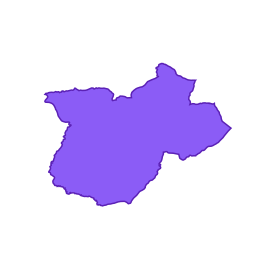 Amagá, Antioquia, Colombia, rotated 63°
{"feature_id": "7082276B93936498493280", "entity_name": "Amagá", "entity_type": "district", "adm_level": 2, "iso_a3": "COL", "parent_name": "Colombia", "parent_adm1": "Antioquia", "projection": "equal_earth", "projection_center": [-75.71, 6.034], "detail": "fine", "context": "isolated", "style": "filled", "palette": "violet", "viewbox_px": 256, "rotation_deg": 63, "n_neighbors": 0, "source": "geoboundaries", "source_scale": "gbopen_adm2", "svg_char_len": 5805}
<svg xmlns="http://www.w3.org/2000/svg" viewBox="0 0 256 256"><g transform="rotate(63 128 128)"><path d="M60.4,186.7L61.1,185.8L61.8,185.4L62.9,185.2L63.8,185.3L64.3,185.8L64.6,186.3L65.8,189.2L66.6,190.0L67.1,190.0L67.5,189.8L67.9,189.2L69.4,186.6L71.3,184.8L72.6,184.1L74.2,183.7L77.2,183.7L78.4,184.0L80.3,183.8L82.5,184.0L85.0,184.6L86.1,184.7L91.0,184.0L91.9,183.6L92.8,182.8L94.5,181.0L95.5,178.7L96.0,177.9L96.4,177.6L96.8,177.7L97.3,178.6L97.6,178.9L98.0,179.0L98.7,178.9L98.9,178.7L99.2,177.6L99.7,177.6L100.0,178.2L100.3,180.0L100.3,180.3L99.9,181.0L100.0,181.5L102.1,183.2L102.3,184.3L103.6,186.1L104.2,186.5L105.8,186.9L106.1,187.4L106.1,188.9L106.4,189.5L106.5,189.5L107.9,188.8L108.5,188.7L108.9,188.8L109.2,189.0L109.3,189.4L108.9,190.6L109.1,190.9L110.5,192.1L110.6,193.1L110.8,193.7L111.0,194.0L111.5,194.2L112.7,193.9L113.2,194.3L113.7,194.9L114.0,195.0L115.2,197.2L115.9,199.1L116.5,200.0L116.6,200.8L116.4,201.7L116.5,202.2L117.8,203.3L118.2,204.3L118.6,204.7L118.8,205.9L119.0,206.2L120.3,206.4L121.3,207.3L122.0,208.2L123.5,209.4L123.7,209.9L123.3,210.6L123.3,211.1L123.6,212.0L123.9,212.2L124.1,212.1L124.8,211.5L124.9,212.9L125.1,213.1L126.2,213.2L126.5,213.4L126.8,214.6L127.1,215.2L128.3,215.1L129.2,215.6L130.0,216.7L130.9,218.3L131.4,218.6L132.4,217.6L133.2,217.6L134.4,218.0L135.2,217.4L137.5,216.2L138.3,215.9L138.6,215.9L139.1,216.1L139.7,216.8L140.7,218.5L141.3,219.1L142.9,219.7L145.1,219.3L145.9,219.3L147.1,217.6L147.9,217.7L148.0,217.3L147.9,216.1L148.1,215.9L148.8,215.9L148.8,215.6L148.7,215.2L148.8,214.7L149.8,214.4L150.8,212.8L152.6,212.4L153.0,211.5L153.6,212.2L154.3,211.6L154.9,211.5L155.6,212.1L156.0,212.1L156.9,211.4L157.4,211.6L157.7,212.4L158.5,212.3L159.7,211.2L160.1,210.5L160.1,209.9L159.9,209.5L159.3,209.1L159.3,208.8L159.4,208.6L160.1,208.6L160.3,207.5L161.2,205.7L161.8,205.2L162.4,205.1L162.7,204.1L163.7,203.4L164.0,202.6L164.5,202.0L165.6,201.1L166.6,200.8L166.7,200.6L166.6,200.0L167.4,200.0L167.5,199.9L169.2,198.0L169.9,196.4L171.1,194.7L171.0,193.8L171.6,193.0L173.3,192.0L173.6,191.6L174.2,191.1L174.8,190.4L175.1,190.3L175.8,190.7L176.0,190.6L178.2,189.9L178.1,189.2L178.4,189.0L179.0,189.2L180.5,189.1L181.2,190.0L181.8,190.2L182.5,190.2L182.8,189.3L183.2,189.2L183.7,187.7L184.5,187.6L185.2,186.6L185.7,186.3L185.8,186.1L186.1,184.3L186.7,182.5L186.7,181.3L186.9,180.2L187.8,178.0L188.2,176.1L188.8,174.2L189.3,170.5L190.1,167.9L191.5,164.9L192.0,164.1L193.8,162.8L195.6,162.1L196.1,160.0L195.7,159.2L194.6,158.0L193.0,154.9L191.9,150.8L190.0,146.8L189.8,145.5L189.9,143.9L189.7,141.4L188.9,139.7L187.9,139.1L186.7,137.4L186.4,136.4L186.3,135.1L185.0,133.0L185.0,131.7L185.4,130.1L185.2,129.0L185.0,128.6L184.6,126.8L182.9,124.9L182.8,124.5L182.6,123.1L181.7,122.1L179.9,121.7L179.5,120.7L179.0,120.3L178.7,117.6L178.4,117.1L177.9,116.8L177.1,116.7L175.9,117.3L175.8,115.9L175.7,115.7L175.4,115.6L175.1,115.7L174.1,116.7L173.3,115.4L172.9,113.9L171.8,112.5L170.0,111.0L169.3,110.6L167.4,108.4L165.6,107.4L165.9,106.9L166.3,104.9L166.5,104.5L167.1,103.9L168.0,103.7L168.8,103.0L170.9,99.3L174.5,94.7L178.0,95.5L178.7,95.5L180.6,94.4L181.5,93.6L181.7,93.0L181.6,91.8L181.6,90.9L180.7,89.3L180.7,88.3L181.1,87.1L181.1,86.8L180.4,85.7L180.4,85.4L180.6,84.8L181.9,83.8L182.2,82.9L182.4,82.6L182.5,81.9L183.0,81.3L183.5,80.2L183.0,79.5L183.0,78.1L182.7,77.3L182.8,75.6L182.7,75.1L181.7,72.3L181.9,71.6L182.3,70.9L182.3,69.8L181.1,66.6L180.9,65.3L180.9,64.7L182.0,62.1L182.2,60.5L182.1,58.5L182.1,56.7L181.9,55.7L181.9,54.6L181.7,53.5L181.4,53.0L180.8,51.3L179.7,47.7L178.7,45.8L176.3,40.3L174.9,36.3L164.8,41.0L162.6,40.8L160.0,40.0L156.9,40.1L155.4,39.6L152.0,40.2L151.0,40.0L150.0,40.1L148.1,40.6L146.7,40.5L145.3,39.9L145.4,40.8L144.8,42.1L143.4,43.5L143.4,43.9L143.1,44.3L143.0,44.1L142.5,44.5L142.3,45.4L142.0,45.7L141.6,46.7L140.6,47.9L140.0,49.3L139.7,49.9L139.7,51.2L138.8,52.4L138.9,52.9L138.6,53.5L138.7,54.2L138.6,54.8L137.7,56.9L136.5,58.0L135.7,59.3L135.4,60.7L135.2,62.2L134.1,61.1L133.3,60.7L131.9,60.5L130.1,60.9L127.5,59.3L127.1,58.0L126.8,57.8L125.7,57.4L125.0,56.8L124.4,55.0L124.2,53.8L124.0,53.4L120.6,50.1L119.0,49.6L117.7,48.0L116.2,46.5L116.1,46.2L115.2,47.8L114.1,50.2L112.5,52.5L111.7,53.3L109.4,55.0L109.0,55.6L108.0,56.5L106.3,57.2L105.6,57.6L103.9,59.7L103.0,60.2L101.1,60.6L100.4,60.2L98.9,60.1L97.3,60.2L96.6,60.5L95.5,61.3L92.8,62.7L90.4,64.6L89.4,65.0L88.6,65.8L88.2,65.9L87.7,66.7L86.9,67.4L86.4,67.6L86.0,68.7L85.6,69.1L85.7,69.7L85.5,71.0L85.6,71.7L86.0,72.2L86.8,72.6L87.0,73.0L87.1,73.6L87.0,75.4L87.3,75.8L87.9,76.0L88.7,75.2L89.1,75.1L89.4,75.4L91.0,77.3L91.8,77.2L93.1,77.4L93.5,77.5L94.2,78.2L94.6,78.4L95.1,78.2L95.7,77.6L95.9,77.6L96.2,81.1L95.8,84.9L95.6,89.4L95.9,90.2L97.3,93.2L97.7,95.4L97.7,96.8L97.2,98.5L96.7,101.7L96.7,103.1L97.1,105.5L97.9,108.1L98.3,108.7L99.9,110.2L102.5,111.1L100.8,115.0L99.8,115.8L99.0,116.2L98.4,116.8L97.2,118.4L96.0,120.5L96.1,121.1L96.5,122.4L96.1,124.1L96.2,124.4L96.4,124.8L96.8,125.4L97.6,125.7L96.8,128.3L96.7,129.1L96.5,129.3L96.1,129.4L94.7,128.9L93.0,126.8L92.4,126.3L91.5,125.6L90.7,125.6L89.3,126.4L88.5,126.4L86.6,127.4L84.7,127.9L84.0,128.4L81.6,131.3L81.2,132.3L80.2,134.3L79.3,135.4L79.0,135.9L78.8,137.4L78.6,137.6L78.0,137.9L77.9,138.1L77.8,138.9L78.0,140.0L77.8,140.5L77.2,140.8L76.8,140.8L76.0,141.9L75.8,142.4L75.5,147.2L75.1,148.9L73.8,151.7L72.7,153.2L72.5,154.5L72.3,154.9L71.1,155.4L70.1,156.3L69.0,156.6L68.4,157.2L68.4,157.5L69.1,158.5L69.3,159.0L69.3,159.9L69.1,160.4L68.7,160.8L68.5,161.2L67.6,165.1L66.9,166.2L66.8,167.9L66.6,168.5L66.3,168.8L65.7,168.9L65.2,169.8L65.2,170.4L65.7,170.6L65.8,170.8L65.5,171.5L65.3,173.0L64.4,173.2L64.0,173.7L63.7,175.1L63.0,175.6L62.7,176.0L62.7,177.4L62.4,178.5L61.6,179.6L61.0,181.0L60.5,182.6L60.5,184.2L59.9,185.3L59.9,185.6L60.4,186.7Z" fill="#8b5cf6" stroke="#5b21b6" stroke-width="1.5"/></g></svg>